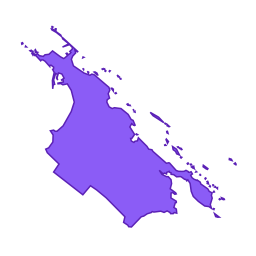 Akraneskaupstaður, Vesturland, Iceland, rotated 92°
{"feature_id": "244011B30892314657027", "entity_name": "Akraneskaupstaður", "entity_type": "district", "adm_level": 2, "iso_a3": "ISL", "parent_name": "Iceland", "parent_adm1": "Vesturland", "projection": "mercator", "projection_center": [-22.054, 64.332], "detail": "fine", "context": "isolated", "style": "filled", "palette": "violet", "viewbox_px": 256, "rotation_deg": 92, "n_neighbors": 0, "source": "geoboundaries", "source_scale": "gbopen_adm2", "svg_char_len": 5810}
<svg xmlns="http://www.w3.org/2000/svg" viewBox="0 0 256 256"><g transform="rotate(92 128 128)"><path d="M200.8,77.1L199.5,77.2L196.4,82.6L191.5,82.7L190.9,81.2L192.6,78.9L192.2,77.5L191.1,78.1L187.3,83.7L182.1,82.5L178.1,83.2L175.2,86.1L175.3,87.8L173.2,92.4L169.2,95.3L172.5,91.4L171.8,89.9L172.6,87.9L171.0,87.8L169.9,85.4L170.8,85.1L171.2,83.5L172.8,83.3L173.0,80.8L175.1,77.7L174.7,74.1L175.0,73.0L177.3,69.7L177.4,68.4L178.8,67.4L177.7,66.4L181.2,64.0L189.1,62.6L194.1,60.4L198.9,55.1L203.3,48.6L203.7,44.4L205.4,41.8L201.6,43.1L195.2,41.4L192.4,42.3L189.9,41.7L188.5,44.6L186.0,46.2L181.4,53.3L179.6,53.9L177.6,57.0L178.0,57.2L176.8,60.4L175.4,62.3L173.0,63.7L171.7,62.0L169.5,63.4L170.2,65.0L170.1,66.1L169.4,66.3L168.3,68.6L169.3,70.3L169.5,72.4L169.5,76.0L168.8,78.3L161.7,85.1L161.3,85.9L161.9,88.4L150.5,102.3L148.9,103.3L148.4,106.6L145.7,108.4L137.4,117.3L140.5,118.1L141.0,120.6L142.2,121.6L140.9,124.2L138.4,125.0L138.4,123.9L134.2,121.2L126.9,126.2L123.5,124.5L125.0,122.7L125.3,121.5L124.9,121.0L120.2,123.2L119.3,125.2L114.4,128.3L108.8,135.7L108.2,142.3L109.1,144.5L107.5,147.6L102.8,150.1L100.4,149.7L98.8,147.5L94.4,149.0L90.7,147.5L88.0,148.5L76.0,163.6L75.4,166.0L76.6,167.9L74.6,173.9L67.8,184.7L61.3,187.0L58.1,185.8L54.8,182.9L51.9,183.8L53.6,181.1L53.3,180.9L39.5,197.1L41.3,196.3L45.9,190.1L49.4,196.3L46.7,189.3L49.6,186.3L51.2,186.6L53.5,188.8L54.5,187.7L55.6,188.4L56.8,190.2L55.3,191.6L55.7,192.4L57.7,191.0L60.3,193.8L60.8,194.8L59.2,198.0L53.6,206.1L57.1,209.6L57.7,213.5L59.4,215.2L58.8,219.1L56.9,221.1L58.4,223.1L63.9,217.6L63.1,217.1L62.9,215.4L64.1,213.3L69.3,208.3L68.1,208.3L67.9,207.1L69.8,204.4L71.6,204.5L72.0,205.4L75.1,203.7L83.1,205.2L91.5,204.6L87.4,204.2L86.9,202.8L82.5,204.0L76.0,202.2L77.0,200.3L80.6,201.2L82.6,199.9L80.5,200.7L75.4,199.4L76.3,196.0L80.4,193.6L82.6,196.6L82.1,194.5L84.3,194.2L85.6,199.6L86.3,199.5L86.0,196.6L87.1,194.6L86.0,190.2L92.4,186.0L104.0,182.6L113.5,185.3L128.1,192.9L133.7,198.8L133.8,200.7L132.7,202.2L133.5,205.5L137.6,202.6L144.6,202.6L150.6,206.6L152.0,209.5L155.5,207.8L166.4,195.7L174.6,200.8L196.3,170.8L187.0,163.5L190.9,157.3L198.5,147.4L216.8,128.0L222.5,129.1L225.1,124.8L226.6,123.9L226.8,121.1L216.2,111.6L215.5,109.2L213.0,105.7L211.7,101.8L210.7,100.9L211.1,99.2L210.0,92.3L211.1,89.0L209.5,86.0L210.9,83.2L212.1,82.4L212.0,79.8L210.9,78.9L211.4,76.3L207.3,76.9L205.8,79.4L201.0,78.1L200.8,77.1ZM111.6,106.3L114.8,103.5L121.4,92.4L116.1,97.8L111.6,106.3ZM145.0,82.8L148.1,82.1L149.8,79.6L152.1,78.5L153.2,75.6L147.5,78.8L145.0,82.8ZM32.6,207.5L34.8,203.3L38.7,197.9L37.5,198.4L31.6,207.0L31.6,208.0L32.6,207.5ZM164.1,51.6L166.2,48.4L166.6,47.1L165.8,46.7L162.6,51.4L164.1,51.6ZM210.5,38.5L213.5,37.3L214.0,35.3L213.9,33.7L210.5,38.5ZM141.9,88.0L140.1,87.1L137.7,89.3L138.3,89.6L141.9,88.0ZM57.6,225.5L58.8,223.7L58.0,223.3L55.9,225.8L56.6,226.8L58.3,225.7L57.6,225.5ZM73.3,163.8L76.1,160.6L76.0,160.1L74.2,161.0L73.1,163.0L73.3,163.8ZM156.1,25.7L156.9,22.9L155.6,23.6L155.0,25.6L156.1,25.7ZM195.8,31.5L196.3,30.2L196.1,29.2L195.3,29.6L194.4,32.1L195.8,31.5ZM91.5,144.0L89.7,144.0L88.7,145.5L88.9,146.1L91.5,144.0ZM124.3,89.1L125.3,87.1L125.1,86.6L123.1,88.9L124.3,89.1ZM77.2,139.7L77.7,137.8L75.8,140.2L76.0,140.4L77.2,139.7ZM160.0,20.6L161.0,18.9L160.4,18.7L159.1,19.6L160.0,20.6ZM131.5,88.9L132.0,87.8L129.9,88.5L130.1,89.2L131.5,88.9ZM72.8,170.6L74.7,169.4L73.6,169.2L72.8,170.6ZM48.0,237.0L47.4,235.9L46.4,236.4L46.8,237.3L48.0,237.0ZM162.1,67.2L161.6,66.2L160.8,66.8L161.4,67.6L162.1,67.2ZM54.7,228.1L54.4,227.1L53.7,227.4L54.2,228.7L54.7,228.1ZM156.2,73.9L155.4,73.2L155.0,74.3L155.5,74.6L156.2,73.9ZM196.5,33.8L195.9,33.0L195.5,34.1L196.0,34.4L196.5,33.8ZM172.4,54.6L172.9,53.3L171.9,54.3L172.4,54.6ZM70.0,175.4L71.3,174.4L70.7,174.3L70.0,175.4ZM32.6,203.4L31.4,203.3L31.3,204.1L31.8,204.2L32.6,203.4ZM184.9,37.2L185.5,36.5L184.5,36.5L184.9,37.2ZM134.6,118.9L134.3,118.2L133.6,119.4L133.9,119.7L134.6,118.9ZM50.5,233.4L50.5,232.3L49.7,233.2L50.5,233.4ZM94.1,141.8L93.8,140.9L93.1,141.3L93.6,142.2L94.1,141.8ZM104.7,129.4L104.5,128.5L103.8,128.9L104.3,129.8L104.7,129.4ZM182.7,41.1L182.7,40.3L181.9,40.6L181.9,41.2L182.7,41.1ZM30.2,207.1L29.7,206.5L29.2,207.4L29.7,207.7L30.2,207.1ZM180.8,46.6L181.1,45.6L180.2,45.8L180.8,46.6ZM109.0,123.7L110.1,123.0L110.3,122.6L109.0,123.7ZM70.4,155.5L70.0,154.7L69.5,154.9L70.0,155.9L70.4,155.5ZM176.4,48.9L175.5,48.3L175.2,48.9L175.9,49.3L176.4,48.9ZM162.8,63.9L162.5,63.2L161.8,63.8L162.3,64.3L162.8,63.9ZM122.8,90.6L122.5,90.0L121.9,91.1L122.3,91.3L122.8,90.6ZM179.4,46.9L179.2,46.2L178.5,46.5L178.9,47.2L179.4,46.9ZM111.6,122.4L111.9,121.5L111.0,121.7L111.6,122.4ZM72.2,152.4L71.6,152.1L71.1,152.7L71.9,153.0L72.2,152.4ZM189.2,40.0L188.9,39.4L188.2,39.9L188.9,40.4L189.2,40.0ZM164.3,61.6L164.7,60.8L163.9,61.0L164.3,61.6ZM206.5,39.3L205.7,39.0L205.5,39.8L205.9,40.0L206.5,39.3ZM55.8,223.1L55.5,222.5L54.8,222.8L55.2,223.5L55.8,223.1ZM165.6,61.7L166.2,60.6L165.2,61.2L165.6,61.7ZM144.1,90.7L144.0,89.5L143.3,90.1L143.7,90.8L144.1,90.7ZM55.4,226.3L54.7,225.6L54.4,225.9L54.6,226.4L55.4,226.3ZM183.9,43.8L183.3,43.6L182.8,44.1L183.5,44.6L183.9,43.8ZM164.7,63.3L165.2,62.6L164.3,62.7L164.7,63.3ZM72.3,148.4L71.5,147.8L71.3,148.4L71.9,148.8L72.3,148.4ZM146.7,75.8L146.3,75.0L146.1,75.7L146.4,76.0L146.7,75.8ZM145.7,77.3L145.4,76.8L145.0,77.2L145.2,77.8L145.7,77.3ZM56.0,221.6L55.5,220.9L55.3,221.6L55.6,222.0L56.0,221.6ZM184.1,39.1L184.3,38.1L183.6,38.5L184.1,39.1ZM53.4,223.7L53.7,222.9L52.9,223.3L53.4,223.7ZM59.4,175.6L58.9,174.6L58.6,175.4L59.4,175.6ZM147.8,74.0L147.6,73.4L147.0,73.8L147.3,74.4L147.8,74.0ZM105.4,127.6L105.5,126.6L105.0,126.9L105.4,127.6ZM70.0,154.3L70.4,153.4L69.7,153.5L70.0,154.3ZM169.6,58.7L169.4,57.9L169.0,58.4L169.6,58.7ZM79.4,137.3L79.2,136.7L78.7,137.0L79.0,137.6L79.4,137.3Z" fill="#8b5cf6" stroke="#5b21b6" stroke-width="1.5"/></g></svg>